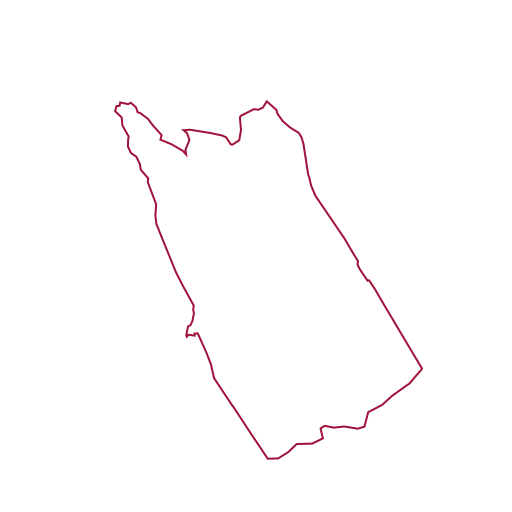 Vega Baja, Puerto Rico (Equal Earth projection), rotated 148°
{"feature_id": "32010507B42725289573863", "entity_name": "Vega Baja", "entity_type": "district", "adm_level": 2, "iso_a3": "PRI", "parent_name": "Puerto Rico", "parent_adm1": "", "projection": "equal_earth", "projection_center": [-66.393, 18.418], "detail": "fine", "context": "isolated", "style": "outline", "palette": "rose", "viewbox_px": 512, "rotation_deg": 148, "n_neighbors": 0, "source": "geoboundaries", "source_scale": "gbopen_adm2", "svg_char_len": 1739}
<svg xmlns="http://www.w3.org/2000/svg" viewBox="0 0 512 512"><g transform="rotate(148 256 256)"><path d="M353.5,77.9L344.5,72.6L332.6,72.6L321.2,75.0L318.1,73.2L307.8,67.1L298.0,66.1L295.9,65.9L294.9,69.0L292.6,75.6L292.1,75.6L287.8,75.6L280.7,69.0L275.1,66.4L274.9,66.2L271.6,64.7L269.7,63.1L261.2,55.6L260.5,55.5L258.3,54.8L255.6,54.1L254.5,53.8L243.9,63.8L243.5,64.1L229.1,63.0L227.8,62.9L218.0,64.7L214.5,65.3L196.9,66.4L193.5,66.5L185.7,69.0L175.9,72.0L174.9,72.6L173.5,135.8L173.3,145.4L172.7,165.6L173.0,175.5L174.5,175.9L175.0,189.8L174.4,195.0L172.2,197.7L172.2,207.1L171.7,223.5L173.7,275.5L172.0,286.3L169.4,294.0L168.5,297.6L156.2,326.3L154.5,332.7L154.5,337.8L159.0,346.9L161.9,356.4L162.4,365.4L161.3,369.1L164.9,381.4L171.5,378.2L176.7,378.9L179.9,381.6L194.1,382.9L196.1,382.3L202.0,370.7L204.2,368.3L208.8,363.1L216.8,362.9L218.3,364.0L218.4,372.4L220.8,376.1L230.1,385.0L245.1,398.1L247.6,399.3L250.7,401.1L249.4,396.5L251.0,389.6L259.5,383.5L261.5,379.1L262.2,383.7L268.3,395.3L275.4,405.2L272.0,408.6L274.2,421.0L274.9,429.3L278.4,438.6L280.2,440.6L279.0,445.6L280.9,452.2L284.0,452.6L289.8,458.2L292.1,455.7L294.9,457.0L298.7,453.5L296.5,444.6L300.1,437.5L300.7,424.7L302.9,422.3L306.6,416.7L307.4,409.6L304.9,403.6L305.7,395.7L308.0,390.2L306.3,378.9L308.6,376.1L310.0,369.2L313.3,352.7L320.1,343.3L323.7,335.5L324.3,330.8L324.7,329.3L327.1,315.7L332.5,284.6L333.8,269.5L335.1,246.7L337.6,244.0L339.1,240.2L344.3,234.6L348.2,232.1L351.0,232.3L357.2,225.7L357.5,224.2L354.8,224.9L350.3,221.0L349.3,222.8L346.5,221.3L346.7,219.0L349.2,200.8L351.6,188.1L356.2,174.9L356.2,172.7L356.0,164.9L355.5,146.1L355.4,142.2L355.1,139.9L354.4,106.1L354.0,95.9L353.5,77.9Z" fill="none" stroke="#9f1239" stroke-width="2"/></g></svg>